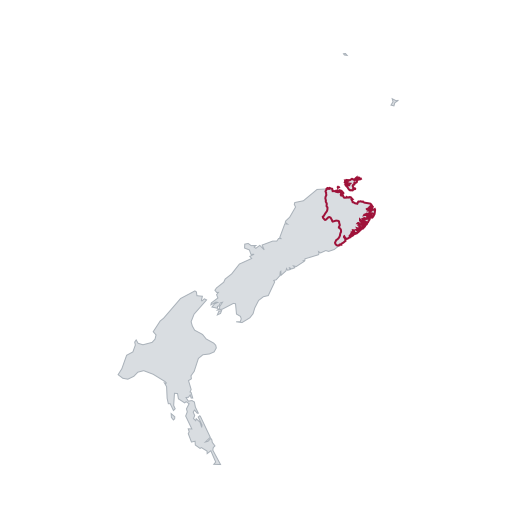 where Southland sits in New Zealand, rotated 187°
{"feature_id": "NZL-3408", "entity_name": "Southland", "entity_type": "Regional Council", "adm_level": 1, "iso_a3": "NZL", "parent_name": "New Zealand", "parent_adm1": "", "projection": "robinson", "projection_center": [167.625, -45.772], "detail": "fine", "context": "in_parent", "style": "outline", "palette": "rose", "viewbox_px": 512, "rotation_deg": 187, "n_neighbors": 0, "source": "natural_earth", "source_scale": "10m", "svg_char_len": 9668}
<svg xmlns="http://www.w3.org/2000/svg" viewBox="0 0 512 512"><g transform="rotate(187 256 256)"><path d="M270.5,206.1L272.7,206.2L282.7,199.3L286.7,197.8L287.8,197.6L285.6,199.7L286.0,201.2L283.6,206.0L285.6,205.2L286.8,201.9L288.1,201.3L287.7,199.4L293.5,200.0L291.4,203.3L288.3,205.3L290.2,205.4L294.8,202.0L294.6,204.0L288.7,209.7L290.4,212.8L288.9,215.3L290.5,215.0L292.6,217.0L291.3,219.5L284.8,226.1L283.8,229.4L278.0,235.2L271.5,246.0L260.0,253.0L262.1,254.9L258.1,257.5L261.2,257.0L263.3,261.2L268.3,262.5L268.6,266.4L265.3,267.5L262.1,265.7L257.4,266.4L259.0,264.7L257.1,263.6L253.5,267.0L248.6,263.1L251.3,267.6L241.3,272.8L237.2,273.3L235.7,276.1L233.4,276.3L234.7,277.2L231.3,291.5L228.6,291.5L231.1,293.0L230.7,294.5L227.3,298.6L222.7,309.4L224.3,311.9L224.0,313.8L215.7,316.6L203.5,329.5L192.5,331.4L186.3,329.9L179.1,330.8L178.0,327.1L175.6,325.2L169.1,325.2L166.1,321.2L163.4,320.2L160.3,322.4L150.2,322.0L148.4,321.3L148.0,319.9L151.8,315.8L148.3,318.0L146.8,317.7L148.3,315.9L148.1,314.2L143.9,315.9L144.2,312.4L153.4,310.1L149.8,309.8L149.5,308.5L153.2,305.9L148.3,306.2L149.2,303.1L151.8,303.0L150.9,300.8L156.2,303.1L155.5,300.9L157.6,300.3L153.9,298.7L153.8,296.4L155.7,294.7L158.2,295.5L156.5,293.5L161.0,289.5L162.1,292.6L162.4,288.2L168.1,284.0L170.4,285.7L169.4,281.8L179.1,272.0L184.5,269.4L187.4,269.9L192.3,266.9L194.5,268.0L193.7,265.8L194.3,264.8L207.0,259.2L207.0,257.4L208.4,257.1L207.5,256.6L214.8,250.4L217.7,250.8L216.0,249.1L219.0,247.5L221.9,248.7L220.2,246.8L222.9,245.7L224.2,247.3L224.4,244.9L228.8,239.9L229.5,243.9L230.0,243.3L229.9,239.4L233.1,234.8L235.4,233.9L234.3,232.5L239.0,218.2L243.7,216.5L248.0,212.2L250.9,204.3L251.9,198.3L254.6,193.9L261.8,188.2L267.7,188.3L263.6,188.8L263.0,191.8L264.1,194.2L268.3,196.0L270.5,206.1ZM270.9,46.6L277.1,57.2L280.4,53.9L280.8,56.4L286.9,59.2L288.1,58.2L293.2,61.0L293.9,64.7L297.4,63.5L301.6,71.4L300.9,73.4L302.2,76.2L298.6,76.5L306.3,88.6L305.2,92.9L306.4,95.8L304.4,101.2L307.6,102.9L308.9,101.5L315.6,104.8L317.1,109.9L320.2,109.8L319.5,97.6L317.6,94.5L319.1,92.6L323.2,99.0L325.0,98.7L326.9,104.0L328.8,115.4L331.4,118.9L329.9,118.3L329.6,119.2L331.0,120.3L343.7,126.1L353.5,128.5L359.1,126.3L362.6,121.7L368.2,118.1L373.3,118.4L378.4,121.4L375.4,127.8L372.3,141.7L366.5,145.8L364.9,152.9L365.9,155.8L364.7,158.1L362.4,155.0L357.4,154.1L348.6,157.6L346.1,161.1L345.6,165.5L348.8,168.3L343.2,179.8L340.1,183.0L325.7,204.6L312.4,213.9L310.8,213.1L309.8,209.4L304.3,209.5L304.8,205.3L304.2,204.8L302.0,207.2L299.7,206.4L310.4,190.7L312.4,182.9L310.7,178.8L307.9,174.9L299.5,171.6L295.4,167.6L287.4,164.4L285.1,162.5L284.2,159.9L285.9,155.7L290.3,153.1L296.7,151.5L300.7,147.3L303.3,134.0L305.9,129.2L305.2,126.2L307.8,124.1L304.1,115.6L304.9,113.0L303.8,112.7L301.5,107.3L303.0,107.1L304.4,110.1L305.8,107.6L308.2,107.0L305.5,103.7L301.9,104.7L299.4,103.6L297.7,98.5L294.1,93.0L295.2,92.8L298.2,95.6L299.3,93.4L297.4,90.2L298.2,87.0L295.8,85.2L295.5,87.2L291.3,84.2L289.0,79.2L289.0,81.7L293.7,89.1L292.3,90.6L291.5,89.8L279.3,70.5L283.6,65.2L281.1,66.2L278.6,69.5L277.4,68.1L276.7,65.7L273.6,62.5L275.1,60.6L275.2,58.0L265.8,44.7L272.5,44.1L270.9,46.6ZM171.2,332.9L174.7,337.7L172.8,337.3L172.8,338.4L176.5,339.5L176.5,341.6L163.1,345.9L168.3,337.8L168.0,333.0L171.2,332.9ZM138.8,425.8L140.0,428.7L135.9,427.2L133.6,427.9L136.9,425.0L137.4,421.8L140.4,422.2L138.8,425.8ZM320.3,85.5L321.0,89.2L317.0,86.5L316.9,84.5L318.0,83.2L320.3,85.5ZM286.2,196.4L283.5,197.7L284.2,194.7L287.2,192.8L286.2,196.4ZM148.6,308.8L148.3,310.5L144.6,309.8L147.4,307.8L148.6,308.8ZM192.8,466.3L193.8,467.4L191.9,467.9L190.0,466.2L192.8,466.3ZM152.9,297.7L153.7,300.5L151.3,299.1L152.9,297.7Z" fill="#d9dde1" stroke="#a8b0b8" stroke-width="1"/><path d="M194.2,331.1L193.8,331.2L193.8,331.7L193.4,332.2L192.5,332.1L192.1,331.5L191.8,331.5L191.8,332.3L191.3,332.6L189.5,332.0L188.6,332.0L188.4,331.7L187.8,329.7L184.4,330.2L184.6,330.0L185.3,329.8L184.5,329.5L183.5,329.4L184.0,330.2L183.8,330.4L184.0,330.7L183.0,331.0L179.8,330.7L180.2,330.2L180.6,330.0L181.3,330.0L181.7,330.4L182.2,330.5L182.6,330.3L182.1,329.9L181.6,329.7L180.0,329.8L178.8,329.3L178.7,329.7L178.8,330.2L179.6,331.2L179.1,331.1L178.4,330.4L178.0,330.2L177.8,329.7L177.1,329.4L177.0,329.0L177.8,328.8L178.0,328.9L178.1,329.2L179.2,328.3L179.4,327.7L179.3,327.0L178.9,326.4L178.4,326.4L178.6,327.0L178.4,327.6L178.0,327.9L177.7,327.8L176.1,325.0L175.8,324.7L175.2,324.6L173.1,325.0L173.1,325.6L172.2,325.3L171.1,325.3L170.8,325.8L170.6,325.9L169.8,325.6L169.2,325.9L168.5,325.4L168.0,324.8L167.2,324.2L167.9,323.9L168.1,323.6L166.7,321.8L166.7,321.3L166.4,321.1L165.3,321.0L164.1,320.4L161.8,320.2L161.2,322.3L161.0,322.6L160.0,322.6L158.9,323.1L157.3,322.8L156.6,323.1L156.4,322.8L155.0,322.2L148.9,321.9L147.9,321.2L147.2,320.3L148.1,319.8L148.8,319.1L149.4,318.3L150.2,316.8L151.2,316.5L152.5,315.6L149.7,316.6L149.3,317.1L149.4,317.7L148.7,318.4L148.5,318.2L148.6,317.7L148.4,317.5L148.1,318.2L147.5,318.5L146.2,318.8L146.3,318.0L146.4,317.8L146.7,318.0L146.8,317.3L147.0,316.8L147.9,316.1L149.5,315.7L149.8,315.1L148.5,315.6L147.6,315.4L147.5,315.2L148.7,313.9L148.7,313.7L148.3,313.6L148.0,313.9L147.7,314.4L147.3,314.7L146.4,315.9L144.6,316.4L143.8,317.1L143.4,316.4L143.4,313.1L143.5,312.5L143.8,312.3L145.0,312.1L146.3,312.1L146.2,312.3L146.3,312.5L146.8,312.1L147.3,312.0L148.5,312.0L150.5,311.5L151.3,311.6L152.2,310.8L153.5,310.2L153.7,309.7L152.6,310.1L151.3,309.9L149.5,310.4L149.1,310.2L149.7,309.3L151.3,308.6L149.2,308.8L149.0,307.7L149.2,307.3L151.7,306.6L153.2,306.9L153.6,306.6L152.9,306.6L152.4,306.2L153.6,305.9L154.2,305.5L154.4,305.0L151.9,306.1L150.3,306.4L149.3,306.9L148.5,307.0L148.0,306.9L147.7,306.5L147.7,306.1L148.4,304.8L149.0,303.1L149.8,302.7L151.6,303.5L152.4,303.7L151.9,302.6L151.6,302.4L151.4,302.9L149.7,301.8L149.7,301.6L150.0,300.9L151.1,300.0L151.3,300.1L151.4,300.5L151.8,300.8L152.5,301.1L152.0,301.8L153.7,301.5L154.2,302.0L154.4,302.4L154.4,302.6L153.5,303.5L154.6,303.4L155.1,302.4L156.1,303.2L156.5,304.5L156.7,304.3L157.2,304.7L157.1,303.9L156.1,302.8L154.2,301.1L154.8,300.7L156.7,300.2L157.0,300.2L157.6,300.9L158.2,301.3L158.9,301.1L159.1,300.8L158.1,300.8L157.9,300.6L157.7,300.3L157.7,299.8L157.9,299.4L157.2,299.4L156.1,299.8L154.5,300.0L154.2,299.8L153.9,298.6L153.5,298.3L153.4,298.1L153.4,297.0L153.5,296.6L153.9,296.4L154.5,296.4L154.9,296.7L155.7,297.6L156.5,297.8L156.7,297.7L155.2,296.3L154.8,296.0L154.3,295.9L155.1,294.9L155.5,294.5L155.9,294.6L156.6,295.6L156.7,296.5L156.9,296.7L157.0,295.8L157.3,295.6L158.5,295.8L158.2,295.5L156.7,294.9L156.2,294.1L156.1,293.7L156.4,293.4L156.8,293.2L158.3,293.7L159.6,294.4L159.9,294.2L157.0,292.7L157.1,292.4L157.4,292.1L158.4,291.3L159.5,291.1L159.1,290.6L160.5,289.9L161.2,289.8L161.4,290.5L161.7,291.0L161.8,291.2L161.5,292.1L162.1,292.9L161.9,293.4L163.0,293.4L162.7,292.3L162.3,292.0L162.3,291.1L161.7,289.7L161.7,289.4L161.9,288.6L162.4,288.1L163.1,288.0L163.7,288.5L163.9,288.8L163.4,289.9L163.4,290.3L164.0,290.8L164.0,290.3L164.5,289.2L164.5,288.7L164.0,288.2L163.6,287.3L164.4,286.9L165.2,287.7L166.1,288.0L164.6,286.7L164.6,286.1L165.9,285.6L166.3,285.0L168.0,284.0L168.5,284.1L170.0,285.2L170.8,286.4L171.0,286.2L171.0,285.5L170.8,285.2L169.4,284.0L169.3,282.6L169.0,281.9L171.0,279.8L172.3,278.9L172.8,278.4L172.7,277.6L174.4,277.6L174.8,277.1L174.7,276.7L175.7,276.4L176.7,276.3L178.0,277.0L178.8,277.9L179.2,278.8L178.3,281.6L177.3,282.4L176.7,283.1L176.0,284.1L175.6,285.0L175.1,286.7L175.2,287.6L174.9,289.4L174.5,290.3L174.8,292.0L175.1,292.7L176.2,293.8L177.2,294.2L177.3,294.7L176.6,296.6L176.7,297.3L177.6,299.2L177.6,299.8L177.9,300.5L178.8,300.9L180.8,300.9L184.1,299.5L184.5,299.8L185.0,300.9L186.7,303.2L188.1,303.6L188.9,303.2L191.0,300.6L191.8,300.2L192.5,300.6L194.2,302.2L194.5,303.2L193.7,303.9L192.4,306.8L191.2,308.9L190.9,309.9L190.8,311.3L191.0,313.0L191.9,313.8L192.1,314.3L192.1,316.2L192.3,316.9L193.3,318.3L193.5,319.1L193.4,319.7L194.2,321.6L194.2,323.1L193.6,325.1L194.0,326.3L194.1,327.4L194.8,328.3L194.9,328.8L194.3,329.9L194.2,331.1ZM175.7,341.0L176.6,341.5L176.8,341.9L176.3,342.0L176.0,341.5L175.6,341.5L175.6,342.2L175.4,342.4L174.7,342.1L174.9,342.5L172.4,342.6L171.9,342.8L170.2,344.3L169.9,344.3L169.0,343.8L168.1,343.9L167.6,343.1L166.8,343.6L166.7,344.2L166.4,344.0L165.4,344.7L164.9,344.9L165.2,345.2L166.9,344.7L166.5,345.4L165.9,346.0L165.9,345.4L165.7,345.4L164.8,346.2L163.5,346.4L163.1,346.3L163.0,345.8L163.1,345.2L163.6,344.3L165.1,343.6L164.8,343.4L165.0,342.6L164.9,341.8L165.1,341.4L165.9,340.8L166.2,340.7L166.9,340.9L167.3,340.6L167.0,339.4L167.1,338.9L167.9,338.8L168.6,337.9L168.5,337.0L167.5,335.5L167.8,334.9L167.6,334.3L167.8,333.3L168.1,332.9L169.0,332.8L169.8,333.0L170.5,332.6L171.4,333.0L172.1,333.6L173.8,335.6L174.6,336.2L174.7,336.5L175.4,336.8L175.6,337.1L175.2,337.4L175.6,337.6L175.1,337.9L173.4,337.7L173.6,337.4L172.5,337.4L172.2,337.5L172.4,338.0L171.4,339.3L171.9,339.3L172.5,338.5L172.9,338.4L174.8,339.1L174.4,339.8L176.3,339.3L176.6,339.7L176.9,339.9L176.6,340.9L175.7,340.9L175.7,341.0ZM147.9,307.9L148.3,308.1L148.7,309.1L148.7,310.1L148.5,310.4L147.7,310.7L147.4,310.2L147.3,310.7L146.8,310.7L146.5,309.3L146.3,308.8L145.9,308.9L144.8,310.1L144.1,310.4L144.4,309.6L145.2,308.3L147.9,307.9ZM152.7,297.0L153.2,299.0L154.0,300.5L153.1,300.6L152.4,300.1L151.7,299.8L151.3,299.2L151.4,298.9L151.5,298.6L152.7,297.0ZM183.0,333.7L183.3,334.3L183.1,334.7L182.5,335.3L182.6,335.1L182.1,334.4L182.7,334.2L183.0,333.7ZM166.6,334.9L166.1,335.2L165.9,335.1L165.7,334.8L165.8,334.5L166.3,334.3L166.8,334.5L166.6,334.9ZM161.2,345.3L161.9,344.8L162.3,344.7L162.5,345.0L161.4,345.6L161.2,345.3Z" fill="none" stroke="#9f1239" stroke-width="2"/></g></svg>